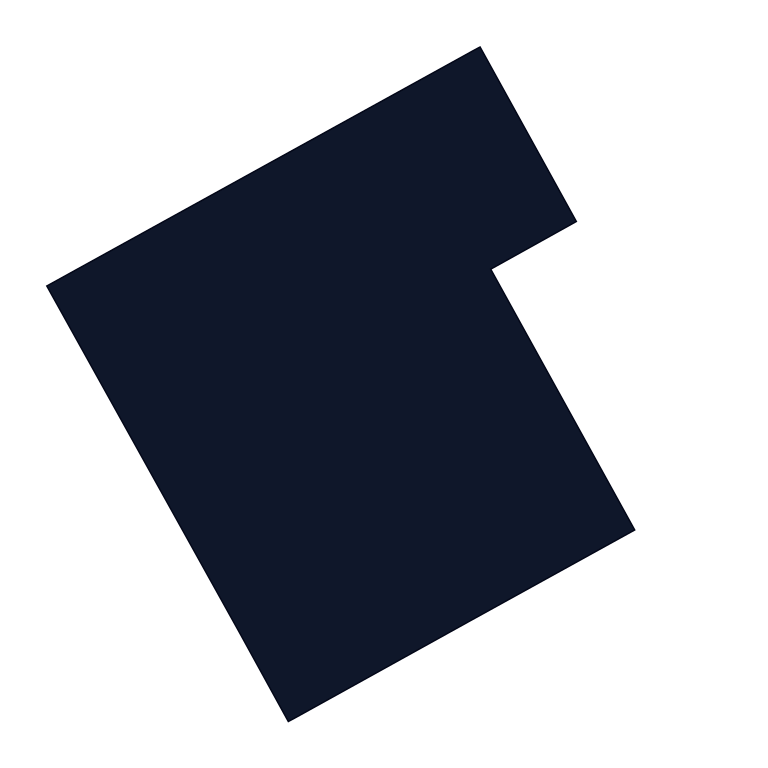 outline of Stafford, Kansas, United States of America, rotated 151°
{"feature_id": "52423323B77202470404370", "entity_name": "Stafford", "entity_type": "district", "adm_level": 2, "iso_a3": "USA", "parent_name": "United States of America", "parent_adm1": "Kansas", "projection": "mercator", "projection_center": [-98.772, 38.043], "detail": "fine", "context": "isolated", "style": "filled", "palette": "ink", "viewbox_px": 768, "rotation_deg": 151, "n_neighbors": 0, "source": "geoboundaries", "source_scale": "gbopen_adm2", "svg_char_len": 303}
<svg xmlns="http://www.w3.org/2000/svg" viewBox="0 0 768 768"><g transform="rotate(151 384 384)"><path d="M145.0,632.3L631.4,633.2L630.9,235.9L631.3,135.2L624.6,135.1L426.0,135.1L235.5,134.8L235.0,432.7L137.0,432.9L136.6,632.2L145.0,632.3Z" fill="#0f172a" stroke="#020617" stroke-width="1.5"/></g></svg>